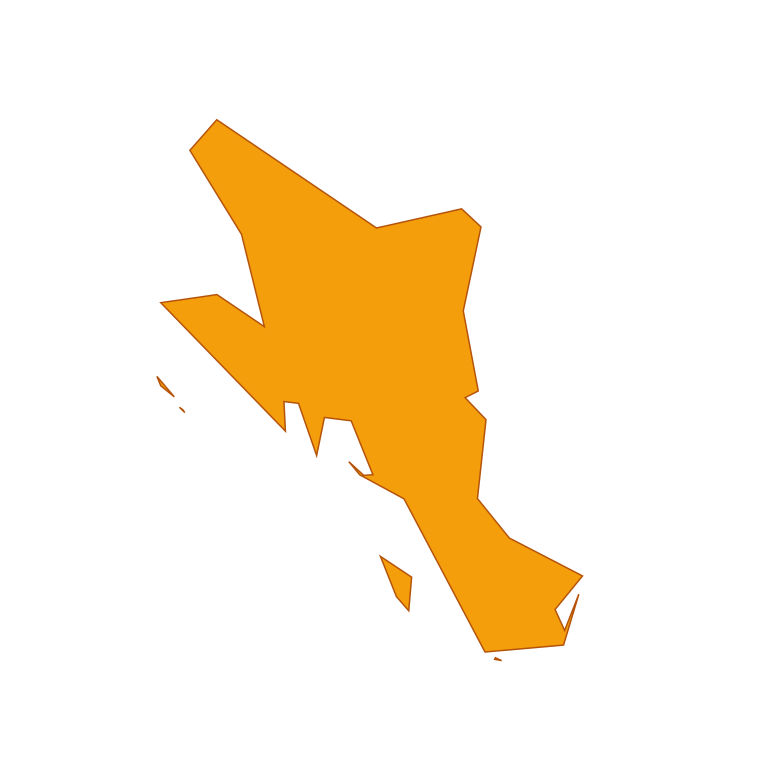 map outline of Quintana Roo (Albers equal-area conic projection), rotated 118°
{"feature_id": "MEX-2736", "entity_name": "Quintana Roo", "entity_type": "State", "adm_level": 1, "iso_a3": "MEX", "parent_name": "Mexico", "parent_adm1": "", "projection": "albers", "projection_center": [-87.753, 19.756], "detail": "coarse", "context": "isolated", "style": "filled", "palette": "amber", "viewbox_px": 768, "rotation_deg": 118, "n_neighbors": 0, "source": "natural_earth", "source_scale": "10m", "svg_char_len": 775}
<svg xmlns="http://www.w3.org/2000/svg" viewBox="0 0 768 768"><g transform="rotate(118 384 384)"><path d="M389.6,516.5L318.8,580.0L268.8,665.1L229.2,655.7L249.8,463.9L192.9,397.7L199.8,372.1L282.3,348.3L345.9,297.5L358.0,306.0L367.6,277.2L441.3,247.7L461.2,201.0L460.3,118.6L502.8,127.1L516.8,108.8L478.1,113.3L530.2,102.9L573.2,169.0L476.0,312.4L475.6,362.7L469.1,378.6L474.2,359.0L469.3,351.2L431.9,395.7L441.5,420.9L478.8,409.9L441.2,450.4L446.5,464.1L471.9,448.9L417.0,619.3L383.5,573.5L389.6,516.5ZM572.6,255.7L565.9,273.2L537.9,306.2L541.6,268.9L572.6,255.7ZM483.9,588.1L493.8,563.1L490.4,580.2L483.9,588.1ZM501.2,549.5L502.7,546.5L500.6,553.7L501.2,549.5ZM575.1,157.1L573.4,157.1L573.0,150.3L575.1,157.1Z" fill="#f59e0b" stroke="#b45309" stroke-width="1.5"/></g></svg>